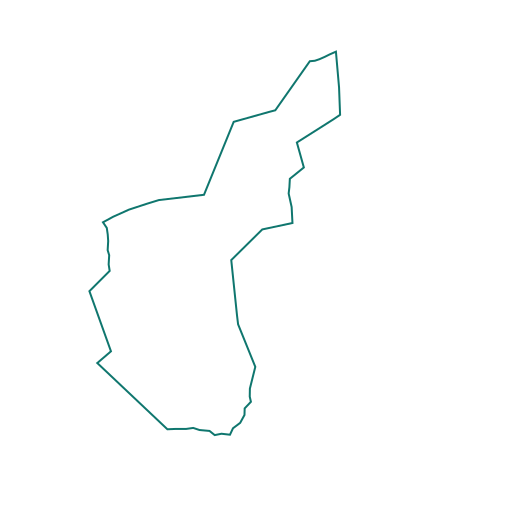 the district of Olho D'Água do Piauí, Piauí, Brazil, rotated 51°
{"feature_id": "56859067B64326176741093", "entity_name": "Olho D'Água do Piauí", "entity_type": "district", "adm_level": 2, "iso_a3": "BRA", "parent_name": "Brazil", "parent_adm1": "Piauí", "projection": "mercator", "projection_center": [-42.549, -5.829], "detail": "fine", "context": "isolated", "style": "outline", "palette": "teal", "viewbox_px": 512, "rotation_deg": 51, "n_neighbors": 0, "source": "geoboundaries", "source_scale": "gbopen_adm2", "svg_char_len": 842}
<svg xmlns="http://www.w3.org/2000/svg" viewBox="0 0 512 512"><g transform="rotate(51 256 256)"><path d="M239.3,446.7L334.9,433.9L339.2,428.1L346.5,419.0L350.1,413.0L355.7,409.4L362.7,402.2L369.2,400.8L372.4,394.7L378.5,388.7L375.4,382.3L375.7,373.3L372.3,365.0L367.3,360.7L366.1,351.7L361.4,349.4L355.2,344.2L341.7,326.3L297.8,312.9L290.0,308.0L243.6,277.8L239.3,234.4L253.3,206.9L240.4,197.5L228.0,191.3L223.6,186.8L217.3,181.1L217.3,163.1L193.5,152.8L198.5,109.8L199.2,101.8L177.3,85.4L147.5,65.3L145.7,71.9L144.5,77.3L143.0,82.8L141.3,87.4L138.5,91.6L154.9,149.3L152.2,155.3L137.7,188.9L175.7,257.9L151.4,296.3L146.7,308.0L140.0,325.6L135.6,342.3L133.5,353.7L140.3,354.3L146.0,357.7L151.4,361.5L158.1,367.6L163.0,369.6L169.8,375.8L175.5,379.1L178.5,407.6L238.8,428.7L239.3,446.7Z" fill="none" stroke="#0f766e" stroke-width="2"/></g></svg>